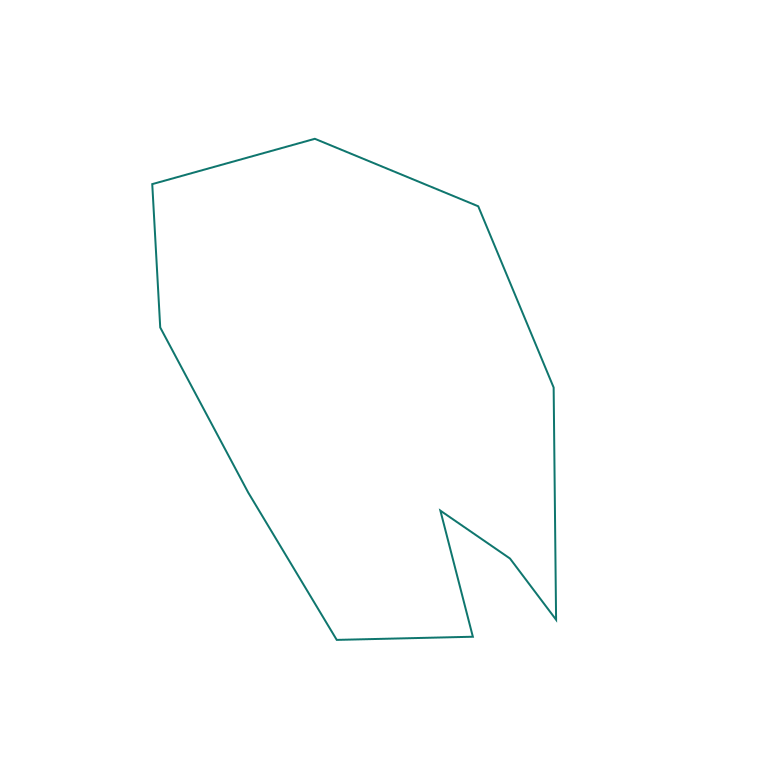 the City of Cork, rotated 59°
{"feature_id": "IRL-5569", "entity_name": "Cork", "entity_type": "City", "adm_level": 1, "iso_a3": "IRL", "parent_name": "Ireland", "parent_adm1": "", "projection": "natural_earth1", "projection_center": [-8.45, 51.888], "detail": "fine", "context": "isolated", "style": "outline", "palette": "teal", "viewbox_px": 768, "rotation_deg": 59, "n_neighbors": 0, "source": "natural_earth", "source_scale": "10m", "svg_char_len": 308}
<svg xmlns="http://www.w3.org/2000/svg" viewBox="0 0 768 768"><g transform="rotate(59 384 384)"><path d="M674.7,357.9L598.5,365.9L521.6,400.9L646.4,438.0L579.0,556.3L407.1,556.3L220.3,546.7L93.3,479.7L138.2,317.0L280.2,211.7L474.4,240.4L674.7,357.9Z" fill="none" stroke="#0f766e" stroke-width="2"/></g></svg>